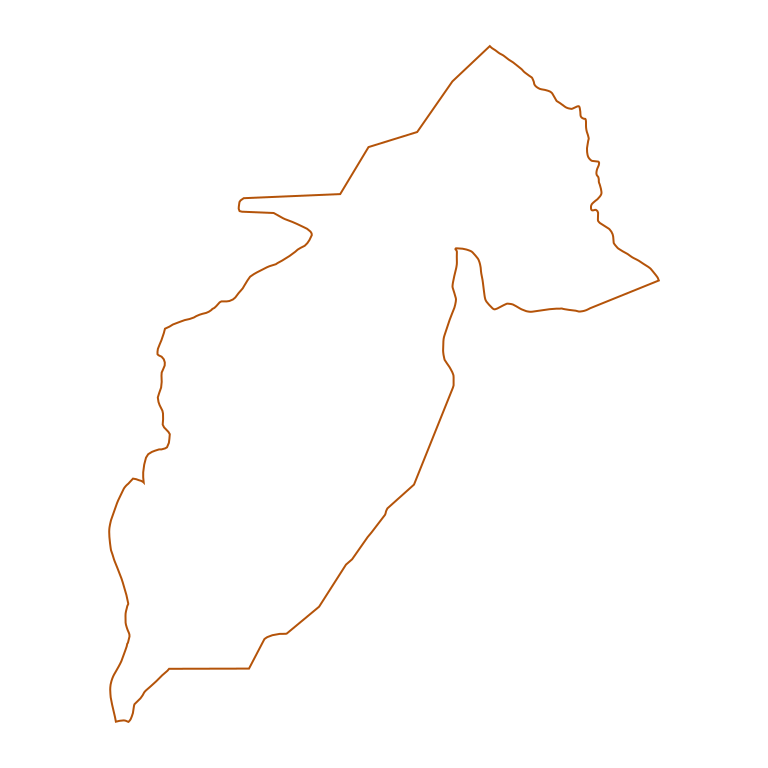 the district of Vado Ancho, El Paraíso, Honduras
{"feature_id": "27666195B76595113857627", "entity_name": "Vado Ancho", "entity_type": "district", "adm_level": 2, "iso_a3": "HND", "parent_name": "Honduras", "parent_adm1": "El Paraíso", "projection": "natural_earth1", "projection_center": [-86.936, 13.636], "detail": "fine", "context": "isolated", "style": "outline", "palette": "amber", "viewbox_px": 768, "rotation_deg": 0, "n_neighbors": 0, "source": "geoboundaries", "source_scale": "gbopen_adm2", "svg_char_len": 6092}
<svg xmlns="http://www.w3.org/2000/svg" viewBox="0 0 768 768"><path d="M658.8,280.5L657.9,278.1L657.4,277.2L656.0,275.3L652.7,271.2L650.7,268.8L649.9,268.1L648.3,266.9L643.7,264.0L638.9,260.8L637.1,259.8L633.7,258.1L632.1,257.2L630.5,256.1L627.6,254.0L622.7,251.3L619.5,249.3L618.1,248.4L617.3,247.6L615.4,245.4L614.4,244.1L613.7,242.9L613.2,236.8L612.9,235.4L612.6,234.2L612.0,233.0L611.5,231.9L610.7,230.8L609.6,229.4L609.0,228.8L599.9,223.0L598.9,222.0L598.2,221.1L598.0,220.5L597.9,219.8L598.1,212.9L597.8,212.0L597.5,211.3L597.2,210.9L596.5,210.3L595.9,209.9L594.8,209.9L593.5,210.3L592.6,210.4L591.8,210.2L591.5,209.9L591.3,209.5L591.1,209.0L591.0,208.2L591.0,206.5L591.2,205.5L591.8,204.2L592.3,203.6L593.2,202.7L595.3,200.9L597.5,199.2L598.1,198.5L599.9,196.5L600.5,195.6L601.1,194.6L601.4,193.6L601.5,192.9L601.4,191.5L600.9,188.7L600.0,185.4L599.6,184.1L599.1,182.9L598.9,182.1L598.8,181.4L598.8,179.7L598.6,178.2L598.2,176.9L597.3,175.8L596.8,175.1L596.5,174.1L596.4,173.2L596.5,171.8L596.8,170.2L597.3,168.6L598.7,165.4L599.0,164.0L599.1,162.9L599.0,162.5L598.8,162.1L598.5,161.8L598.2,161.6L592.1,160.9L591.4,160.6L590.3,159.7L589.2,158.5L588.4,157.3L587.8,155.8L587.5,154.6L587.1,152.0L587.0,148.2L587.5,145.0L588.2,140.8L588.7,138.9L588.7,138.2L588.0,135.3L586.8,131.7L586.4,129.9L586.1,127.8L586.0,125.9L586.0,121.8L585.8,120.0L585.6,119.4L585.3,118.9L584.9,118.8L584.3,118.8L583.7,118.7L582.4,118.1L581.6,117.5L581.0,116.7L580.7,116.1L580.5,115.2L580.3,111.7L579.8,108.3L579.5,107.2L579.2,106.6L578.9,106.3L578.6,106.2L577.3,106.4L573.0,108.4L572.0,108.8L571.5,108.9L569.8,108.6L568.3,108.3L566.4,107.6L565.2,106.9L560.0,103.1L556.8,101.1L556.5,100.8L552.6,94.0L552.0,93.1L551.1,92.3L550.4,91.8L549.7,91.4L547.8,90.7L544.9,89.9L541.5,89.3L539.9,88.9L538.3,88.1L536.6,87.0L535.4,85.9L534.6,84.8L534.2,83.9L533.8,81.8L533.1,80.0L532.2,78.0L531.7,77.4L529.3,75.8L525.1,72.7L523.8,71.6L522.2,69.8L521.5,69.1L513.1,62.4L508.7,59.6L505.1,56.8L503.4,55.5L502.0,54.7L499.7,53.5L498.4,52.6L495.4,50.3L492.1,48.2L490.8,47.1L489.8,46.1L452.4,81.4L417.2,132.0L368.5,147.1L340.2,194.1L243.7,198.2L240.6,200.4L239.5,202.0L239.3,203.1L238.8,206.8L238.7,208.7L239.1,209.9L239.6,211.1L242.0,211.7L273.7,213.0L283.0,218.2L284.9,219.1L292.3,221.9L296.9,223.9L303.0,226.8L307.1,228.8L310.5,231.6L311.6,233.4L311.8,235.1L309.4,240.1L307.3,243.2L304.7,245.8L300.7,247.8L297.7,249.6L295.2,251.8L289.5,256.0L282.1,260.6L277.5,263.1L275.9,264.2L269.5,266.2L266.9,267.3L256.9,272.4L253.9,274.1L250.1,276.7L247.5,280.4L244.4,285.5L242.7,288.4L238.6,293.1L235.3,297.5L232.9,299.5L229.4,301.0L226.7,301.4L221.5,301.4L220.4,301.9L219.6,302.4L216.3,306.1L214.4,307.9L212.3,309.0L211.4,310.0L208.9,311.7L206.2,312.9L202.5,313.8L199.6,314.7L196.3,316.1L193.9,317.5L189.6,319.0L184.7,320.1L180.0,321.8L172.9,324.5L169.5,326.6L165.0,328.7L164.4,330.9L163.9,332.9L161.4,340.3L159.7,344.3L157.9,348.9L157.5,351.7L157.5,354.2L158.0,354.8L159.0,355.5L161.6,356.7L163.8,359.3L164.8,362.4L164.7,365.5L163.0,369.6L161.7,372.5L161.5,375.6L161.7,381.9L161.1,387.6L159.2,393.0L157.8,397.5L158.5,402.0L159.6,405.1L162.4,410.7L163.0,413.5L163.1,419.2L162.7,424.6L164.1,427.4L168.4,431.9L169.8,434.2L169.4,438.8L168.9,442.8L167.0,447.3L165.1,448.4L161.5,449.4L159.1,449.4L155.0,450.7L151.9,451.9L148.2,454.2L146.0,457.7L144.8,462.3L144.2,464.7L143.2,472.3L143.2,477.2L143.5,480.6L143.7,482.5L143.3,482.1L141.3,480.9L138.9,480.2L136.2,479.2L133.0,478.6L128.3,483.7L127.1,484.7L125.9,485.9L124.5,487.6L123.8,488.7L122.0,492.4L118.2,500.3L117.0,503.2L111.0,520.2L110.1,524.1L109.5,527.4L109.3,529.2L109.2,531.8L109.4,536.9L110.0,543.0L110.6,547.6L111.0,550.2L112.5,554.5L113.9,559.1L114.6,561.1L117.4,568.0L120.1,575.0L121.5,578.6L122.8,582.6L126.4,595.0L128.2,603.3L128.2,603.6L128.2,604.1L127.3,606.0L126.7,608.5L126.0,611.2L125.6,613.5L125.5,615.8L125.6,622.7L126.0,624.9L126.8,627.6L127.6,629.9L128.9,632.9L129.4,634.5L129.5,636.5L128.0,642.5L127.8,643.0L127.4,643.5L127.2,643.9L126.7,646.4L125.2,650.7L121.4,661.1L120.1,663.8L118.5,666.8L115.9,671.4L114.1,674.5L113.2,676.3L112.3,678.5L111.5,680.9L111.0,682.9L110.6,684.6L110.3,687.3L110.2,689.5L110.4,693.8L110.7,697.4L112.1,704.6L115.0,717.1L115.9,721.7L119.7,720.8L123.6,720.4L124.8,720.5L125.9,720.8L127.0,721.3L128.4,721.9L128.8,721.6L130.0,720.2L130.7,719.1L131.8,716.4L132.4,714.6L132.9,713.1L134.0,705.9L134.4,704.4L134.6,704.1L140.5,698.3L142.7,695.2L144.2,692.4L145.2,691.2L146.1,690.3L150.8,686.2L156.2,681.3L162.3,675.2L166.7,671.4L167.4,670.8L169.1,668.8L249.0,668.6L264.4,639.1L265.6,638.2L267.3,637.1L272.4,635.2L279.6,633.9L285.6,633.8L286.7,633.6L319.1,606.7L346.0,564.6L352.1,559.3L367.7,537.0L371.7,532.2L385.1,514.7L385.7,512.9L386.0,511.4L386.6,510.0L387.4,508.4L414.0,484.6L452.9,387.7L453.3,386.4L453.6,385.3L453.6,382.6L453.6,377.5L453.5,375.7L453.2,374.5L452.3,372.2L450.4,368.6L449.4,366.9L446.9,363.3L444.6,359.8L444.2,358.1L443.5,354.7L443.2,352.2L443.1,350.6L443.4,341.3L443.6,339.1L444.0,337.0L444.6,335.0L449.6,320.0L451.9,314.0L454.4,307.7L455.2,304.7L455.8,301.5L456.0,299.3L455.8,298.1L454.4,293.2L452.8,288.1L452.6,287.3L452.5,286.3L452.7,284.2L453.0,282.3L454.3,276.0L456.2,268.1L456.5,266.5L456.8,264.4L456.9,262.6L456.8,256.7L456.9,251.9L456.8,251.3L456.5,250.6L456.3,250.2L455.5,249.4L455.5,248.8L455.8,248.4L456.1,248.3L456.7,248.3L462.5,248.7L466.3,249.5L467.9,250.0L470.1,250.8L471.5,251.5L472.6,252.4L475.4,255.5L477.9,258.6L478.6,259.9L479.4,262.0L480.0,264.1L480.4,266.1L480.7,267.8L481.0,271.4L481.3,273.6L482.5,279.8L482.9,282.6L483.9,290.7L484.5,295.3L484.8,297.2L485.3,299.3L485.8,300.5L486.5,301.7L489.0,304.7L492.4,308.2L493.3,308.9L494.2,309.3L494.6,309.3L495.4,309.2L497.3,308.5L503.6,305.2L506.4,303.9L507.0,303.7L508.2,303.7L510.9,304.0L511.8,304.2L512.9,304.5L516.1,306.2L520.0,308.5L521.5,309.3L526.1,311.1L527.4,311.4L529.2,311.7L530.8,311.8L532.2,311.7L549.6,309.2L556.0,308.7L559.7,308.7L561.1,308.5L561.8,308.5L563.1,308.9L564.7,309.2L569.1,309.9L575.7,310.7L578.7,311.5L580.3,311.5L582.5,311.2L584.3,310.8L586.4,310.1L588.5,309.1L590.0,308.3L658.8,280.5Z" fill="none" stroke="#b45309" stroke-width="2"/></svg>